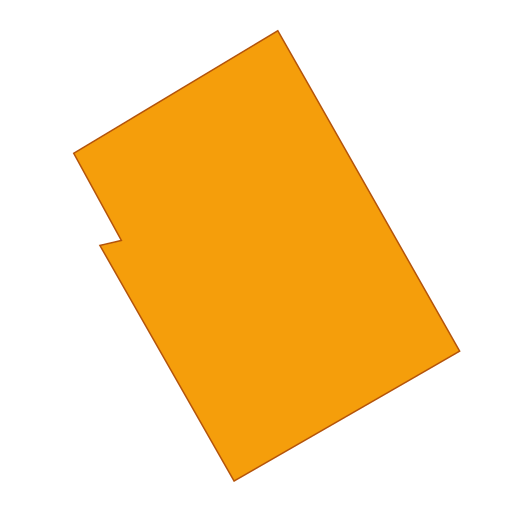 Sterling, Texas, United States of America, rotated 150°
{"feature_id": "52423323B58993545111067", "entity_name": "Sterling", "entity_type": "district", "adm_level": 2, "iso_a3": "USA", "parent_name": "United States of America", "parent_adm1": "Texas", "projection": "orthographic", "projection_center": [-101.069, 31.822], "detail": "fine", "context": "isolated", "style": "filled", "palette": "amber", "viewbox_px": 512, "rotation_deg": 150, "n_neighbors": 0, "source": "geoboundaries", "source_scale": "gbopen_adm2", "svg_char_len": 276}
<svg xmlns="http://www.w3.org/2000/svg" viewBox="0 0 512 512"><g transform="rotate(150 256 256)"><path d="M124.5,440.2L362.5,436.1L364.8,336.8L385.9,343.2L387.5,72.1L174.4,71.8L127.2,71.8L124.9,374.7L124.5,440.2Z" fill="#f59e0b" stroke="#b45309" stroke-width="1.5"/></g></svg>